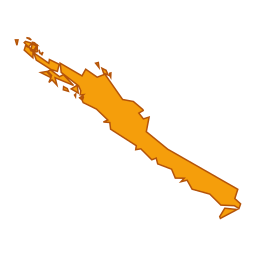 Hograno-Kia-Havulei, Isabel, Solomon Islands
{"feature_id": "97153195B62958617202697", "entity_name": "Hograno-Kia-Havulei", "entity_type": "district", "adm_level": 2, "iso_a3": "SLB", "parent_name": "Solomon Islands", "parent_adm1": "Isabel", "projection": "robinson", "projection_center": [158.602, -7.881], "detail": "medium", "context": "isolated", "style": "filled", "palette": "amber", "viewbox_px": 256, "rotation_deg": 0, "n_neighbors": 0, "source": "geoboundaries", "source_scale": "gbopen_adm2", "svg_char_len": 1708}
<svg xmlns="http://www.w3.org/2000/svg" viewBox="0 0 256 256"><path d="M240.6,203.9L234.8,198.6L237.8,189.3L167.7,149.2L146.3,131.7L149.1,117.1L143.4,118.9L138.8,113.1L143.2,110.5L142.9,109.6L133.4,101.5L122.6,99.5L104.9,74.2L97.2,77.2L85.7,69.2L82.0,75.9L60.2,63.2L61.2,72.4L78.6,85.8L80.8,90.8L80.1,94.9L83.6,94.6L82.8,95.3L83.4,97.5L82.2,100.4L83.2,102.6L96.5,109.1L107.8,120.0L103.4,122.0L109.8,122.5L110.6,129.2L136.3,145.7L135.7,149.7L140.8,148.8L151.8,159.8L156.2,158.1L157.7,163.9L171.6,169.2L175.3,178.1L184.2,178.2L181.0,181.7L187.1,180.2L192.1,189.2L209.8,194.1L220.9,205.1L234.3,205.7L239.0,208.4L240.6,203.9ZM73.5,85.4L63.4,74.7L59.5,76.7L50.6,69.9L47.7,71.3L51.6,75.4L51.2,76.4L46.6,71.5L40.7,72.5L50.9,77.6L48.9,82.4L52.0,79.8L56.9,85.1L55.1,77.7L73.5,85.4ZM59.2,64.3L49.4,59.5L48.8,63.3L33.7,52.8L36.3,60.1L51.0,69.5L57.4,71.4L59.2,64.3ZM237.1,209.5L224.8,208.2L219.7,216.6L220.4,218.4L237.1,209.5ZM37.3,51.6L37.3,46.5L34.4,51.7L31.0,50.8L30.3,49.3L34.0,50.0L36.6,45.8L32.2,44.2L31.2,48.6L25.5,45.9L24.2,50.1L32.9,57.8L33.0,52.5L37.3,51.6ZM78.2,93.0L77.2,85.2L71.2,88.9L78.2,93.0ZM31.9,43.2L25.5,41.4L24.2,42.6L28.5,47.0L31.9,43.2ZM108.1,75.0L106.1,70.3L101.9,68.2L103.6,73.1L108.1,75.0ZM68.4,91.3L67.3,88.6L63.6,86.6L63.3,89.8L68.4,91.3ZM18.0,39.9L15.4,39.9L16.9,45.2L18.0,39.9ZM99.0,67.5L98.3,62.5L95.6,63.2L99.0,67.5ZM81.7,99.6L82.4,95.9L79.6,97.8L81.7,99.6ZM26.4,37.6L31.3,40.0L29.4,38.2L26.4,37.6ZM110.7,77.3L110.9,72.9L109.6,73.3L109.7,75.5L110.7,77.3ZM37.0,45.0L34.4,42.7L32.6,42.3L32.9,44.1L37.0,45.0ZM40.4,53.8L38.9,49.7L39.4,52.2L40.4,53.8ZM41.9,54.7L43.0,52.2L40.9,53.8L41.9,54.7ZM75.5,96.7L75.7,94.0L74.5,95.0L75.5,96.7Z" fill="#f59e0b" stroke="#b45309" stroke-width="1.5"/></svg>